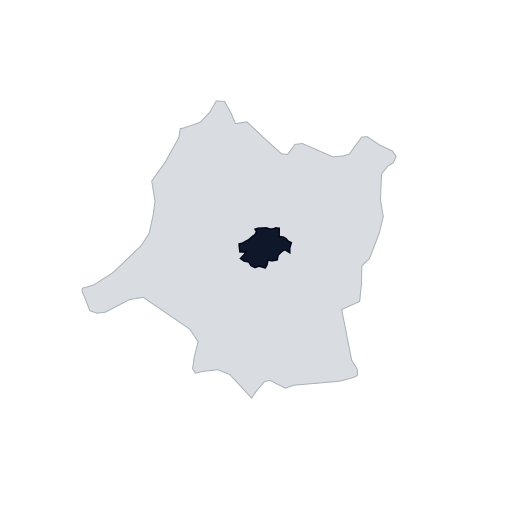 location of Glogovac within Kosovo, rotated 60°
{"feature_id": "KOS-5899", "entity_name": "Glogovac", "entity_type": "District", "adm_level": 1, "iso_a3": "XKX", "parent_name": "Kosovo", "parent_adm1": "", "projection": "albers", "projection_center": [20.868, 42.604], "detail": "fine", "context": "in_parent", "style": "filled", "palette": "ink", "viewbox_px": 512, "rotation_deg": 60, "n_neighbors": 0, "source": "natural_earth", "source_scale": "10m", "svg_char_len": 1559}
<svg xmlns="http://www.w3.org/2000/svg" viewBox="0 0 512 512"><g transform="rotate(60 256 256)"><path d="M158.3,189.9L180.6,182.7L183.8,177.6L178.8,166.5L181.8,159.6L208.4,140.0L212.8,131.0L214.4,124.0L210.9,116.6L205.9,104.9L208.3,100.0L222.1,93.2L233.2,85.4L239.8,84.8L243.9,90.5L243.9,96.3L247.6,106.2L255.8,111.4L269.5,120.1L285.4,126.0L297.8,137.8L314.9,158.9L317.5,169.3L332.9,178.6L347.2,189.0L345.1,208.5L393.9,225.2L404.8,224.9L410.1,227.9L410.0,232.3L406.3,246.0L386.7,288.1L385.1,296.8L370.8,306.0L368.9,311.3L373.0,322.8L376.9,330.9L376.6,330.9L345.7,337.9L335.4,345.9L329.3,359.8L327.3,367.0L321.9,367.3L312.8,360.1L301.3,349.0L286.4,349.9L235.5,374.3L230.5,387.2L229.3,414.9L225.9,422.4L220.4,427.2L199.3,424.1L197.1,422.3L199.9,411.6L198.9,388.4L189.5,349.8L182.8,337.1L169.0,324.5L158.3,316.2L138.9,308.8L129.2,287.5L114.7,263.4L107.7,257.8L108.8,255.4L112.4,237.3L108.3,224.1L101.9,212.8L106.4,206.0L119.9,206.2L131.1,207.6L135.2,196.8L158.3,189.9Z" fill="#d9dde1" stroke="#a8b0b8" stroke-width="1"/><path d="M237.0,264.5L238.0,261.9L238.2,254.2L237.3,249.6L237.0,246.2L235.2,243.4L232.3,243.4L233.0,240.2L236.8,232.9L239.9,230.1L241.2,227.2L241.4,224.9L243.6,222.0L250.7,226.2L253.3,222.8L255.7,221.4L259.4,220.6L262.1,218.7L266.0,222.8L270.1,225.1L265.0,227.8L265.0,231.5L266.4,236.5L270.0,239.6L268.2,244.6L265.5,247.7L269.1,250.8L271.0,254.0L266.4,258.3L265.5,262.7L261.8,265.2L257.7,265.2L254.4,268.9L250.4,270.7L248.9,265.7L247.6,262.8L244.4,267.9L238.8,265.5L237.0,264.5Z" fill="#0f172a" stroke="#020617" stroke-width="1.5"/></g></svg>